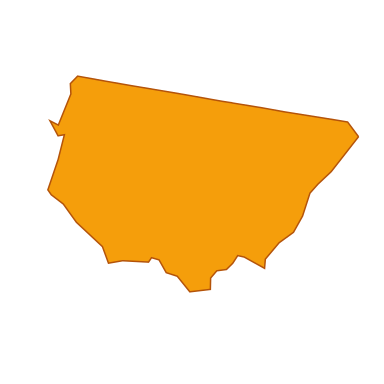 Robertson, Tennessee, United States of America (orthographic projection), rotated 11°
{"feature_id": "52423323B41638687445391", "entity_name": "Robertson", "entity_type": "district", "adm_level": 2, "iso_a3": "USA", "parent_name": "United States of America", "parent_adm1": "Tennessee", "projection": "orthographic", "projection_center": [-86.862, 36.501], "detail": "fine", "context": "isolated", "style": "filled", "palette": "amber", "viewbox_px": 384, "rotation_deg": 11, "n_neighbors": 0, "source": "geoboundaries", "source_scale": "gbopen_adm2", "svg_char_len": 789}
<svg xmlns="http://www.w3.org/2000/svg" viewBox="0 0 384 384"><g transform="rotate(11 192 192)"><path d="M54.4,221.6L68.0,228.4L84.3,243.8L114.5,262.7L123.6,277.8L137.0,272.7L162.7,269.1L164.8,264.2L172.6,264.9L182.1,276.1L193.6,277.5L208.9,290.4L228.6,284.1L226.7,272.9L231.4,264.6L240.6,261.5L245.6,254.2L249.0,245.7L255.7,245.9L277.8,253.1L276.8,243.9L287.2,225.2L299.3,212.2L305.1,194.6L308.0,170.6L314.1,160.3L324.8,145.4L345.0,105.8L344.9,105.9L331.4,93.6L323.5,93.8L322.8,93.8L266.8,95.7L243.3,96.0L241.0,96.1L215.1,96.9L213.4,96.8L212.3,96.9L204.6,97.2L193.6,97.4L166.6,97.8L166.3,97.8L111.6,99.2L85.8,99.7L57.6,100.1L51.9,108.8L54.4,118.9L48.0,151.8L39.0,149.2L49.8,162.4L55.8,160.1L54.4,185.6L50.1,217.4L54.4,221.6Z" fill="#f59e0b" stroke="#b45309" stroke-width="1.5"/></g></svg>